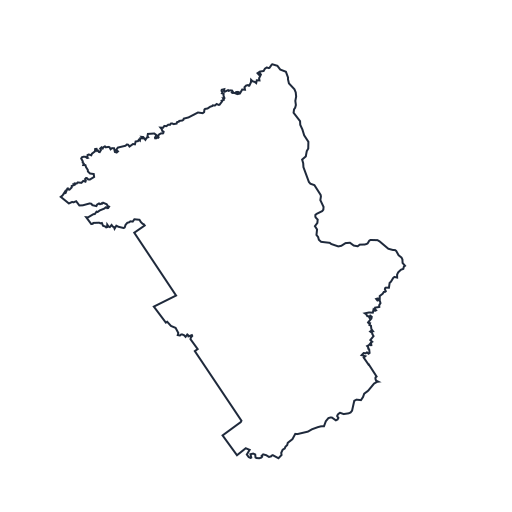 the district of Puerto Quito, Pichincha, Ecuador, rotated 144°
{"feature_id": "8360857B71791990485840", "entity_name": "Puerto Quito", "entity_type": "district", "adm_level": 2, "iso_a3": "ECU", "parent_name": "Ecuador", "parent_adm1": "Pichincha", "projection": "orthographic", "projection_center": [-79.239, 0.156], "detail": "fine", "context": "isolated", "style": "outline", "palette": "slate", "viewbox_px": 512, "rotation_deg": 144, "n_neighbors": 0, "source": "geoboundaries", "source_scale": "gbopen_adm2", "svg_char_len": 6104}
<svg xmlns="http://www.w3.org/2000/svg" viewBox="0 0 512 512"><g transform="rotate(144 256 256)"><path d="M205.3,403.7L208.5,403.8L210.7,404.9L211.6,404.8L213.4,402.9L215.2,402.9L218.6,406.2L229.2,407.8L233.7,409.6L234.6,408.9L235.9,408.9L238.7,410.4L239.6,410.0L241.1,410.7L242.4,409.8L245.1,411.1L246.0,412.6L247.1,413.2L248.5,412.7L249.8,413.8L252.2,413.7L253.7,415.1L255.8,414.4L257.8,416.0L257.7,414.0L258.3,412.3L257.7,410.9L258.5,410.1L259.3,409.9L260.7,411.0L262.9,411.3L264.9,410.6L265.0,409.3L265.6,409.1L266.7,410.0L267.6,409.9L268.4,410.5L268.1,411.2L265.5,412.3L266.3,414.9L271.7,418.3L273.4,416.7L273.4,415.5L274.9,415.9L277.2,415.0L277.3,418.5L278.4,419.5L278.3,417.6L280.5,419.3L282.1,417.6L282.5,418.9L284.0,418.3L286.1,419.4L288.3,417.5L289.7,418.9L294.0,418.9L294.0,421.1L294.9,422.1L296.8,421.9L304.0,424.9L306.8,424.0L306.2,421.8L307.9,421.6L309.0,423.1L307.5,426.6L309.2,427.9L310.9,427.8L310.6,430.1L311.0,430.8L313.7,432.3L313.8,433.5L315.6,433.7L316.8,433.1L317.1,434.7L318.9,434.5L319.1,432.9L321.4,431.9L322.0,432.6L321.9,434.3L322.8,434.5L322.0,436.4L323.2,437.1L324.8,435.3L328.6,435.2L330.1,434.3L331.6,436.4L332.9,436.7L333.4,436.0L334.7,435.5L334.5,434.3L335.0,434.5L335.7,436.5L337.0,437.6L338.8,438.2L340.1,437.6L340.5,434.4L341.3,433.5L341.0,432.0L342.3,431.1L340.6,429.8L341.3,427.7L341.5,424.5L342.3,423.2L341.8,420.3L339.1,417.7L340.5,415.1L345.5,415.5L346.8,416.6L347.0,418.4L347.6,419.0L349.1,418.7L349.4,417.0L350.3,416.4L351.6,418.3L354.2,417.8L357.0,420.3L358.5,420.0L359.9,421.2L360.4,420.4L361.4,421.3L361.8,420.4L363.9,421.0L364.8,419.8L367.9,419.3L368.7,420.1L368.5,421.3L369.0,421.4L373.0,418.9L373.9,419.2L373.3,420.1L376.9,418.7L379.2,418.6L376.5,408.5L373.0,407.8L372.1,406.7L369.3,406.0L369.2,400.7L366.3,398.8L359.7,396.3L358.5,395.0L358.5,393.3L355.8,390.2L354.3,391.0L352.1,390.8L351.8,389.6L350.8,389.2L350.0,389.4L349.7,388.8L348.4,389.0L346.4,385.7L346.5,383.2L345.9,382.3L347.4,381.7L348.3,382.2L348.2,383.1L348.9,383.7L350.7,383.5L355.6,384.7L358.3,384.7L358.9,385.6L361.8,384.7L362.9,385.4L369.2,386.0L370.6,387.2L370.5,378.7L369.2,378.0L368.2,378.4L363.3,375.1L362.6,373.8L361.3,373.3L362.0,370.4L360.6,368.4L360.4,367.2L359.5,366.9L357.9,368.8L358.0,366.4L357.3,365.3L354.6,366.0L354.6,364.0L353.9,362.9L354.4,361.2L351.2,362.6L350.1,360.5L346.6,356.4L345.4,356.3L343.2,357.9L340.6,358.5L338.7,357.8L337.3,357.9L335.5,356.3L332.8,357.2L329.0,353.8L329.2,351.1L328.8,348.7L328.1,347.5L328.1,346.1L340.8,346.4L343.9,271.0L368.4,275.1L368.1,255.1L366.5,255.0L365.9,249.4L363.3,245.1L364.1,239.4L365.8,238.0L364.3,236.4L362.7,236.5L361.9,236.0L360.8,234.3L360.5,232.0L357.7,232.9L357.5,232.2L357.9,230.7L354.4,229.7L354.6,228.8L356.7,228.3L357.9,227.2L357.9,215.0L361.4,215.0L364.6,131.3L365.9,130.6L388.5,130.5L388.5,106.0L377.3,106.5L375.1,102.9L380.1,100.8L380.1,97.6L379.1,95.8L378.3,95.7L377.0,98.9L374.4,97.8L373.3,95.9L374.8,93.3L374.4,92.3L372.3,90.5L370.3,89.8L369.0,90.0L368.9,91.0L366.8,91.3L364.8,88.8L363.6,85.8L361.5,85.0L360.7,85.3L359.5,85.0L356.7,79.2L352.3,80.0L351.3,81.9L348.3,83.6L345.9,83.4L344.3,84.4L341.9,84.7L340.1,86.2L334.2,86.4L328.8,89.0L327.2,87.6L317.2,83.4L312.5,82.9L306.6,81.2L303.5,80.0L301.1,78.3L296.6,81.3L292.7,82.3L290.5,81.5L289.5,80.6L288.0,76.1L286.1,75.8L284.5,76.6L284.5,78.6L284.0,79.2L282.3,79.8L280.2,79.8L278.0,76.6L273.6,74.3L271.5,73.8L269.2,74.4L261.6,81.1L259.1,80.7L255.8,77.7L252.3,79.0L249.4,81.0L244.4,81.1L235.5,83.4L231.9,83.0L231.0,82.5L232.1,84.6L231.6,86.4L230.7,87.5L229.3,87.6L228.5,101.9L228.8,101.9L228.6,110.5L226.5,110.7L228.8,113.7L225.9,114.2L224.5,112.8L222.9,112.8L222.4,110.8L221.1,110.8L219.3,114.0L219.7,115.0L218.9,116.1L219.0,117.8L217.2,117.5L215.5,117.9L215.6,116.4L215.1,116.1L213.8,118.4L212.4,118.3L212.9,120.8L208.0,122.1L207.8,124.4L207.2,125.3L208.0,127.8L206.9,127.8L205.6,126.7L205.6,129.1L204.0,132.0L204.8,133.6L203.3,134.6L204.4,135.7L204.4,136.4L199.4,137.6L198.1,138.8L198.6,140.5L200.5,139.5L200.3,141.0L201.3,141.9L201.1,144.2L201.6,145.6L197.8,143.9L194.8,141.5L192.3,143.7L191.9,141.7L190.8,141.5L191.0,143.3L190.0,144.2L186.2,142.3L185.2,143.8L183.0,144.7L182.2,146.8L182.1,147.8L183.9,148.6L184.0,150.6L182.7,150.2L181.1,148.6L179.4,150.9L175.7,151.0L173.8,151.8L172.5,151.1L171.7,151.2L171.3,153.3L170.4,154.1L169.6,154.1L167.1,152.2L163.7,155.7L161.9,155.9L157.9,157.6L156.3,157.7L154.5,155.6L152.8,158.0L150.6,159.2L146.8,159.7L144.4,159.0L142.6,160.5L141.2,160.5L141.5,164.2L139.6,167.1L139.2,169.2L140.2,172.8L139.6,177.7L140.0,179.0L141.8,180.5L144.7,184.1L147.4,195.1L148.4,197.4L154.0,201.7L155.4,201.8L158.2,200.6L159.4,200.7L161.3,201.4L165.4,204.2L168.0,204.1L170.8,207.0L172.2,211.5L176.0,213.8L181.0,214.1L183.8,215.4L188.1,221.5L188.6,223.3L195.0,229.2L195.6,232.2L194.6,234.8L194.7,237.5L191.0,241.6L190.8,245.5L186.9,246.7L184.7,249.2L185.1,252.2L184.6,253.4L183.7,254.4L181.9,254.4L176.0,253.4L174.3,253.9L172.5,256.0L171.1,263.4L168.5,266.0L167.8,267.4L167.1,279.0L169.5,282.5L169.7,284.8L165.4,300.0L163.3,303.3L162.0,306.9L157.2,307.3L153.3,311.0L150.6,312.2L146.5,317.6L146.1,325.3L144.1,331.1L143.1,336.1L141.1,339.2L141.4,349.8L139.0,352.3L137.2,352.9L135.0,354.7L133.0,358.4L129.8,361.4L127.7,365.0L126.9,368.3L127.9,376.3L126.2,380.3L125.2,381.5L123.5,387.5L126.8,392.6L126.9,397.3L130.1,401.5L130.7,401.6L134.5,400.3L135.3,400.6L136.5,402.2L138.7,402.3L141.1,401.2L144.4,402.9L147.3,403.0L147.1,400.9L146.1,400.6L145.4,401.1L145.4,399.9L149.0,398.0L150.0,396.0L152.1,397.7L154.2,395.8L154.7,397.6L156.1,399.4L156.4,401.4L158.0,399.5L161.3,397.7L161.8,398.0L162.0,399.0L163.8,399.7L166.1,399.3L167.2,397.0L169.3,398.8L173.5,396.9L175.9,397.9L176.4,398.7L174.1,398.1L173.7,398.7L174.2,399.4L175.7,400.3L177.0,400.2L179.3,401.8L179.4,402.5L178.2,402.6L178.1,403.9L179.7,405.3L181.0,405.6L181.1,406.6L184.8,407.3L184.9,408.4L183.6,409.6L186.0,410.6L186.8,409.9L187.1,407.7L187.8,407.5L186.9,406.2L188.1,404.7L188.7,402.3L189.5,402.0L190.0,402.7L190.3,401.3L192.5,401.8L192.6,401.0L196.6,399.8L197.4,400.2L198.5,402.1L200.8,401.9L202.5,403.3L203.2,403.0L205.3,403.7Z" fill="none" stroke="#1e293b" stroke-width="2"/></g></svg>